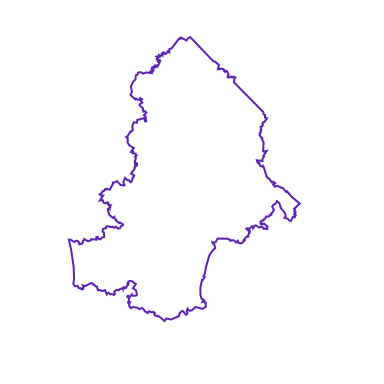 outline of Papantla, Veracruz, Mexico, rotated 207°
{"feature_id": "50627088B19201983933003", "entity_name": "Papantla", "entity_type": "district", "adm_level": 2, "iso_a3": "MEX", "parent_name": "Mexico", "parent_adm1": "Veracruz", "projection": "mercator", "projection_center": [-97.275, 20.413], "detail": "fine", "context": "isolated", "style": "outline", "palette": "violet", "viewbox_px": 384, "rotation_deg": 207, "n_neighbors": 0, "source": "geoboundaries", "source_scale": "gbopen_adm2", "svg_char_len": 6029}
<svg xmlns="http://www.w3.org/2000/svg" viewBox="0 0 384 384"><g transform="rotate(207 192 192)"><path d="M265.6,324.5L271.7,324.6L271.7,323.9L272.5,323.7L272.1,323.1L273.4,321.8L275.3,310.8L277.0,309.3L276.2,307.6L277.0,306.9L276.2,306.3L277.3,306.2L276.9,305.4L278.1,304.4L278.0,303.1L279.8,302.7L280.4,303.6L281.5,302.7L280.6,301.7L281.3,301.4L280.5,300.3L281.5,300.4L281.6,298.7L283.7,299.1L283.5,297.8L284.7,296.8L282.8,296.7L283.9,295.0L282.8,294.4L280.2,294.8L279.7,294.1L280.5,293.4L279.9,293.3L280.3,292.7L281.3,292.7L279.5,291.6L279.8,288.1L280.4,288.3L281.0,287.1L281.1,288.4L281.7,287.7L282.5,287.9L283.0,285.2L284.0,285.1L283.9,283.6L284.6,283.3L282.3,283.1L282.4,282.1L281.7,282.4L281.8,281.6L283.1,282.0L282.5,280.9L283.5,280.4L282.0,279.6L286.9,277.8L289.4,275.3L292.0,275.6L294.1,274.0L293.9,271.7L295.0,270.5L293.5,266.6L294.5,263.7L294.4,258.3L290.9,253.9L291.0,250.6L284.6,248.8L284.5,249.7L282.0,249.6L280.7,250.8L280.8,252.2L278.6,252.0L279.4,250.2L276.9,249.1L278.4,246.5L278.1,245.4L273.6,244.3L273.0,242.7L271.7,241.6L270.7,242.7L268.7,242.0L269.6,238.6L267.7,238.3L264.9,234.1L265.8,233.7L268.3,236.0L273.4,231.4L272.6,228.6L275.5,227.7L275.1,223.5L272.8,220.3L273.6,218.0L274.2,218.1L274.9,212.6L274.5,211.7L275.1,211.2L273.8,211.1L273.6,209.9L272.4,208.9L272.4,207.6L270.9,206.1L269.4,205.8L268.9,205.0L263.9,204.8L264.5,200.1L262.7,201.0L262.4,199.6L259.6,200.6L258.7,199.5L258.7,198.2L258.2,198.6L258.4,197.7L257.5,197.1L256.9,193.1L255.5,191.0L255.3,192.5L254.0,192.4L253.0,191.0L254.5,188.1L253.6,186.9L254.7,180.9L251.0,180.5L250.9,179.0L251.4,179.0L250.5,174.1L251.3,172.7L252.9,173.8L255.1,173.2L258.0,174.2L257.7,169.6L255.2,167.5L255.4,167.0L258.9,165.8L263.7,167.6L265.6,165.1L266.9,164.5L266.1,163.0L266.3,156.7L269.7,156.0L269.9,154.9L270.7,155.0L271.0,152.7L272.0,152.2L271.9,150.0L273.2,148.0L271.6,147.6L269.5,148.5L270.3,142.5L267.9,144.2L266.1,142.4L264.2,142.4L262.8,144.4L261.6,144.3L261.7,143.4L261.0,142.7L258.7,143.3L259.1,142.4L258.1,142.0L257.9,141.0L258.4,140.6L258.0,139.8L258.6,140.1L259.1,139.1L258.5,139.1L258.7,137.5L255.3,134.1L250.5,133.0L249.9,134.4L249.5,133.7L247.1,132.8L247.1,132.2L242.7,131.3L242.4,132.1L238.7,131.7L238.6,130.6L239.7,129.5L239.7,127.2L241.1,125.8L244.1,126.5L245.1,124.8L246.8,125.1L248.0,124.0L251.8,123.2L252.7,121.9L252.2,120.9L254.6,118.6L253.7,116.1L252.1,115.9L250.1,112.8L250.0,111.9L251.2,110.9L252.4,108.0L255.3,108.1L255.6,109.1L256.7,108.3L255.6,107.2L256.6,106.1L256.1,105.9L260.4,104.2L260.2,103.0L262.2,100.9L266.6,101.1L266.2,100.4L267.0,98.6L266.4,97.4L266.8,95.8L268.2,94.3L269.2,94.6L268.8,95.2L269.3,95.7L271.8,96.4L273.1,96.0L274.2,94.0L278.5,94.4L280.1,93.6L273.7,86.0L263.4,71.5L257.5,60.8L256.1,56.4L253.7,54.9L251.2,56.4L249.2,54.8L248.1,55.7L245.8,55.2L245.0,56.2L245.8,56.6L245.4,58.0L246.8,59.2L244.7,59.5L240.3,65.2L238.9,65.4L238.2,64.6L237.4,65.1L235.2,64.1L233.8,64.6L231.1,61.7L229.4,62.9L226.9,63.0L225.0,65.1L221.5,62.1L221.5,63.3L220.6,64.3L218.1,63.8L217.5,64.6L214.7,64.9L214.6,66.5L216.0,67.6L215.0,70.2L214.2,71.0L212.8,71.1L212.1,72.9L210.5,74.3L209.9,74.0L210.4,74.8L209.7,75.8L208.4,75.5L208.5,76.7L207.2,76.9L207.3,79.1L206.6,80.1L207.3,80.5L207.2,81.8L208.0,81.7L208.0,83.1L207.3,84.5L205.0,85.2L200.2,84.5L200.9,79.4L197.3,79.0L194.5,75.6L194.4,74.8L196.0,73.4L198.3,72.6L199.1,73.4L199.5,70.8L202.2,70.4L202.3,69.4L199.5,68.4L198.7,64.9L198.2,65.2L198.6,64.4L197.9,64.1L197.2,64.8L196.4,62.1L193.8,60.7L192.3,62.8L188.3,64.0L185.8,63.7L183.9,66.0L181.2,65.3L180.2,64.4L176.4,64.1L176.5,65.5L175.8,66.3L174.2,66.2L171.9,67.6L170.2,67.3L170.3,66.1L168.4,65.1L167.1,66.0L165.8,65.6L164.6,66.2L157.8,64.6L157.4,67.7L152.7,68.9L147.3,75.5L148.0,78.8L146.8,81.5L145.7,81.7L141.9,79.9L141.1,80.3L140.8,81.7L142.8,83.8L142.9,86.0L141.2,85.1L139.9,85.3L138.4,86.5L136.7,91.1L129.5,92.7L127.6,96.0L129.5,99.5L130.2,99.2L131.4,100.5L132.8,99.0L132.8,101.3L135.2,101.4L137.8,104.2L141.2,110.8L143.1,118.0L142.5,117.9L142.1,121.9L143.6,122.1L143.4,124.7L145.6,132.0L147.8,143.9L147.0,149.6L145.8,152.6L149.3,156.3L150.0,155.6L151.0,156.6L149.6,156.7L148.1,158.2L148.1,162.1L139.0,166.6L137.5,166.3L136.3,166.8L135.5,166.0L133.7,167.7L131.8,167.8L129.9,167.0L129.0,169.3L127.5,167.7L124.2,169.0L123.4,172.1L124.1,172.3L124.1,173.1L123.3,173.5L123.9,174.2L123.4,176.2L122.1,177.4L122.6,177.4L122.2,180.8L122.8,181.9L122.2,182.7L122.9,183.6L124.2,183.2L126.9,184.0L125.8,185.1L124.2,184.9L123.2,188.5L122.5,188.8L122.9,189.6L121.1,187.5L121.0,190.4L119.6,191.3L116.0,190.9L114.3,192.4L111.9,192.7L111.5,191.8L108.2,193.2L109.0,194.1L109.0,195.5L113.4,196.5L114.3,195.2L115.7,195.6L115.9,194.5L116.5,194.8L115.9,196.0L117.5,196.7L116.1,199.4L115.2,198.2L115.6,199.3L114.6,202.1L115.1,203.7L112.7,204.8L112.0,205.8L112.4,206.6L111.0,207.7L111.7,208.9L111.1,209.7L110.9,213.3L114.0,215.4L113.5,218.0L112.2,219.5L112.1,222.4L109.0,221.6L105.7,218.1L99.6,215.4L97.6,213.1L97.9,211.0L94.6,211.6L92.1,210.8L90.7,211.1L90.8,215.8L89.1,216.0L89.0,218.0L89.6,218.0L89.5,218.9L91.0,218.9L90.6,221.1L92.2,221.3L92.3,223.2L93.4,223.4L90.7,230.6L101.5,233.1L107.7,235.8L108.1,234.8L113.1,236.9L114.1,236.3L118.8,236.3L120.5,234.3L123.2,235.7L123.0,236.5L122.3,236.2L121.8,237.6L122.2,237.7L124.4,238.1L125.3,236.8L129.0,238.8L132.0,239.2L139.9,247.2L140.7,247.5L140.8,246.6L143.0,246.1L145.4,248.3L145.9,247.7L147.4,248.4L148.6,249.7L143.3,251.6L144.2,252.8L143.9,256.1L144.8,256.4L144.1,262.5L146.4,260.6L147.2,260.7L150.6,268.6L152.5,269.8L153.6,271.4L154.4,271.4L154.4,272.1L157.6,273.2L157.7,275.0L158.4,275.1L158.0,277.8L159.0,278.2L158.9,279.7L160.5,281.3L159.4,282.5L159.4,284.2L160.5,285.2L160.2,286.8L159.2,287.4L158.7,291.7L160.8,291.5L161.8,293.8L163.3,293.6L164.8,295.6L204.3,308.7L205.5,311.5L205.4,313.8L207.0,313.7L208.2,312.3L209.0,312.8L211.6,310.4L212.1,310.4L212.0,311.6L213.0,311.8L212.9,313.4L215.8,315.6L217.0,315.3L217.0,314.1L218.7,314.5L219.3,315.8L221.4,315.4L224.7,313.2L225.5,317.3L230.6,318.6L232.3,318.2L263.9,329.2L265.5,326.9L265.6,324.5Z" fill="none" stroke="#5b21b6" stroke-width="2"/></g></svg>